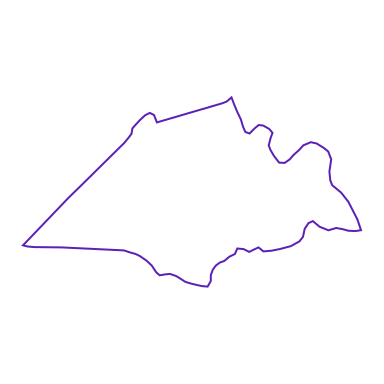 Laranjeiras, Sergipe, Brazil
{"feature_id": "56859067B9922653305516", "entity_name": "Laranjeiras", "entity_type": "district", "adm_level": 2, "iso_a3": "BRA", "parent_name": "Brazil", "parent_adm1": "Sergipe", "projection": "equal_earth", "projection_center": [-37.164, -10.802], "detail": "fine", "context": "isolated", "style": "outline", "palette": "violet", "viewbox_px": 384, "rotation_deg": 0, "n_neighbors": 0, "source": "geoboundaries", "source_scale": "gbopen_adm2", "svg_char_len": 1307}
<svg xmlns="http://www.w3.org/2000/svg" viewBox="0 0 384 384"><path d="M23.0,245.3L27.5,246.5L34.5,247.1L61.6,247.4L123.9,250.4L129.9,252.4L135.4,253.9L139.8,256.0L146.6,260.7L151.7,265.5L156.3,272.4L159.7,275.3L165.2,274.4L169.9,273.9L176.3,276.1L181.1,279.1L185.4,281.9L191.1,283.6L197.0,285.0L201.9,286.1L207.6,286.6L210.8,281.0L210.8,275.1L212.9,269.5L215.8,265.6L219.9,262.5L224.2,261.0L229.4,256.7L234.9,254.0L237.3,248.5L243.6,249.1L249.2,251.9L253.0,250.0L258.5,247.4L263.4,251.4L271.5,250.7L279.6,249.1L290.7,246.2L299.4,241.4L303.0,236.8L304.7,228.8L308.5,223.1L312.9,221.1L319.5,226.7L328.4,230.3L336.2,228.0L342.4,229.1L348.1,230.7L355.1,231.1L361.0,230.2L357.4,219.4L348.3,201.7L341.1,192.6L332.2,185.2L330.3,180.4L329.4,171.5L331.2,159.3L328.2,151.5L323.9,148.0L316.7,143.5L310.8,142.2L303.4,145.3L299.1,150.0L293.0,155.5L289.8,159.3L284.7,162.9L279.1,162.6L273.9,155.8L270.6,150.2L268.7,145.5L270.6,138.0L272.5,132.9L269.3,129.0L263.3,125.6L258.7,125.0L254.6,128.4L249.6,133.5L245.4,132.0L243.1,126.9L240.9,119.5L237.0,111.3L234.6,105.6L231.5,97.4L226.6,101.6L222.2,103.3L156.9,122.4L154.0,115.0L149.8,112.9L145.1,115.3L140.2,119.8L136.1,124.2L132.4,128.4L131.5,133.8L128.5,137.8L123.9,143.3L119.6,147.5L80.9,185.7L68.2,198.1L23.0,245.3Z" fill="none" stroke="#5b21b6" stroke-width="2"/></svg>